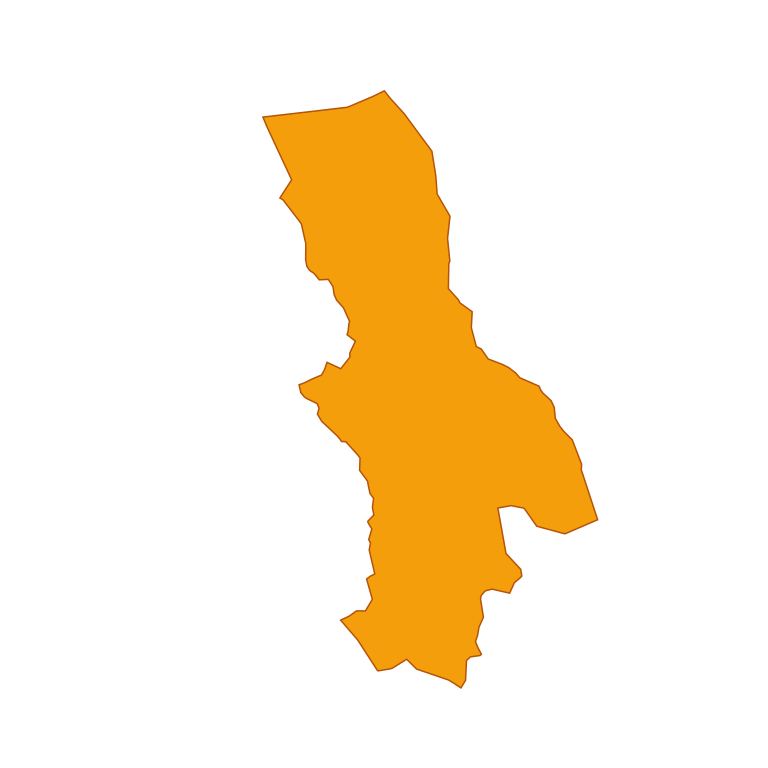 Iseyin, Oyo, Nigeria (Robinson projection), rotated 320°
{"feature_id": "59680162B71074793306885", "entity_name": "Iseyin", "entity_type": "district", "adm_level": 2, "iso_a3": "NGA", "parent_name": "Nigeria", "parent_adm1": "Oyo", "projection": "robinson", "projection_center": [3.548, 8.023], "detail": "fine", "context": "isolated", "style": "filled", "palette": "amber", "viewbox_px": 768, "rotation_deg": 320, "n_neighbors": 0, "source": "geoboundaries", "source_scale": "gbopen_adm2", "svg_char_len": 2007}
<svg xmlns="http://www.w3.org/2000/svg" viewBox="0 0 768 768"><g transform="rotate(320 384 384)"><path d="M199.3,563.2L194.8,599.3L195.3,600.1L206.0,606.4L208.0,607.1L224.4,609.4L225.7,623.3L243.2,652.3L244.2,655.1L247.6,666.3L256.0,663.4L269.5,648.8L274.8,648.6L283.0,653.7L284.9,653.7L286.5,646.3L288.5,640.1L294.0,636.8L299.8,631.9L300.5,631.3L310.2,626.6L319.8,610.7L322.6,608.4L328.7,607.6L334.9,610.6L345.8,625.0L356.2,620.0L364.1,620.0L366.1,619.7L369.6,613.9L368.5,592.3L391.5,552.2L403.1,558.8L411.5,569.2L409.6,591.2L426.3,615.1L460.4,625.3L479.3,578.3L479.8,576.7L483.8,572.5L492.3,547.8L492.3,547.2L491.4,537.6L491.3,534.3L491.5,529.3L493.2,520.4L499.4,511.3L501.3,504.1L499.9,493.4L500.0,489.9L501.4,485.4L492.0,466.4L492.0,460.4L490.1,451.8L487.6,445.7L479.9,431.8L481.0,419.7L478.8,414.8L478.8,414.6L487.1,397.0L498.0,385.3L494.4,371.1L494.4,370.2L495.1,367.5L494.6,352.3L511.1,333.4L513.4,332.2L526.3,313.3L542.4,297.9L546.8,272.7L557.5,257.8L570.3,236.5L573.2,190.0L572.4,168.7L572.7,159.6L559.7,156.4L533.9,148.5L462.8,101.7L459.5,112.4L446.9,159.3L444.5,168.2L423.8,174.6L425.0,178.0L423.9,204.4L423.5,208.5L414.2,226.4L403.8,238.5L400.5,244.4L400.0,249.1L401.5,254.3L401.4,262.6L408.6,268.1L407.5,276.6L403.2,283.6L401.6,289.4L401.9,299.6L397.8,314.1L396.2,315.0L390.3,320.6L387.4,322.5L389.6,332.8L377.7,338.3L375.1,341.5L360.7,344.5L354.3,330.8L347.8,334.7L341.9,337.0L335.3,334.9L330.4,333.5L323.7,331.9L318.4,330.0L314.7,337.2L314.7,342.7L315.4,345.3L320.2,356.1L318.6,360.9L313.6,364.3L312.3,372.5L314.8,393.8L314.9,396.2L314.5,400.8L316.0,402.1L317.6,403.6L318.3,421.2L318.1,425.1L317.9,425.5L309.8,434.5L309.2,444.3L309.0,447.7L306.0,453.0L302.9,458.9L302.5,464.9L295.9,471.0L293.2,475.7L292.1,477.8L284.2,478.6L283.2,478.9L282.9,479.4L282.4,481.3L281.5,487.2L272.2,493.4L271.5,497.0L266.0,501.6L254.8,523.6L250.0,522.4L245.3,522.2L240.6,532.7L236.7,541.4L223.9,545.9L217.1,540.1L207.9,539.4L199.0,537.0L199.3,563.2Z" fill="#f59e0b" stroke="#b45309" stroke-width="1.5"/></g></svg>